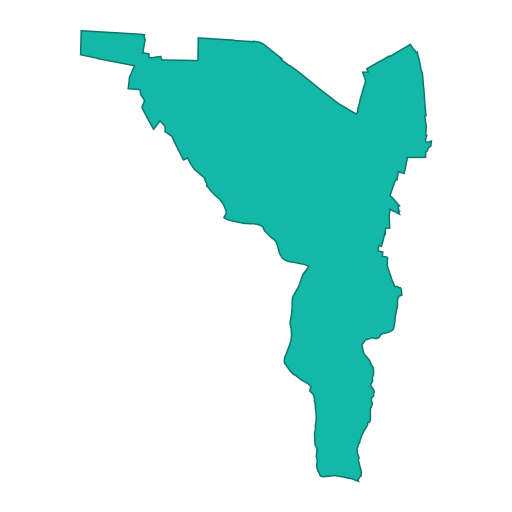 the district of Reci, Covasna, Romania
{"feature_id": "2599482B11784451880113", "entity_name": "Reci", "entity_type": "district", "adm_level": 2, "iso_a3": "ROU", "parent_name": "Romania", "parent_adm1": "Covasna", "projection": "orthographic", "projection_center": [25.948, 45.804], "detail": "fine", "context": "isolated", "style": "filled", "palette": "teal", "viewbox_px": 512, "rotation_deg": 0, "n_neighbors": 0, "source": "geoboundaries", "source_scale": "gbopen_adm2", "svg_char_len": 6017}
<svg xmlns="http://www.w3.org/2000/svg" viewBox="0 0 512 512"><path d="M361.2,475.8L361.3,475.2L361.2,471.9L360.8,469.4L359.6,465.4L359.3,463.8L358.3,460.1L359.1,457.7L357.2,452.6L357.5,450.9L356.9,450.0L357.4,447.9L357.8,447.0L358.2,445.7L358.5,444.2L359.5,443.0L359.8,441.3L360.3,439.6L360.9,438.5L361.2,437.0L362.0,434.8L363.1,432.9L363.8,431.1L364.4,430.3L365.0,429.2L366.8,426.4L367.6,424.5L367.6,423.3L368.4,422.2L369.2,422.4L369.8,421.7L370.1,421.1L370.4,419.2L370.4,417.8L370.4,413.6L370.4,411.9L370.4,409.2L370.6,408.3L371.3,407.1L371.7,405.7L372.2,404.4L372.4,403.6L372.4,403.2L372.2,402.6L371.7,401.9L371.5,401.4L371.6,400.1L371.4,399.4L371.4,398.8L371.5,398.1L371.7,397.8L372.7,397.0L373.3,396.4L373.6,395.8L373.7,395.0L373.4,393.9L373.5,393.5L374.1,392.5L374.2,391.4L374.0,390.7L373.7,389.8L373.5,389.4L371.9,387.5L371.4,386.6L370.9,385.3L370.8,384.7L371.0,384.0L372.0,382.3L372.4,381.3L372.6,380.7L372.6,380.3L372.4,378.6L372.5,376.8L373.4,375.5L373.6,372.2L373.5,368.8L372.8,366.8L372.2,365.8L371.1,364.6L370.4,362.1L369.1,359.9L366.9,357.0L365.5,355.7L363.8,353.2L363.3,351.3L362.8,349.5L362.6,347.6L361.9,344.9L362.2,344.2L363.4,343.1L364.0,342.2L364.8,340.5L366.0,339.7L369.7,338.7L371.9,337.6L372.4,337.6L373.9,338.2L375.3,338.5L376.1,338.6L377.1,338.4L377.8,338.2L379.2,337.3L379.7,336.5L380.3,335.2L380.6,334.8L382.2,333.8L383.3,333.4L385.2,333.1L388.2,332.4L391.9,330.4L392.8,329.8L393.1,329.3L393.6,328.2L394.3,325.2L395.0,321.0L395.1,319.7L395.1,318.0L395.3,316.4L396.2,312.3L396.4,310.5L396.7,309.4L397.0,308.6L397.1,307.8L397.5,305.4L397.5,299.7L397.8,298.2L398.7,297.0L399.3,295.9L399.6,295.8L400.1,295.8L401.2,295.3L401.9,295.2L401.2,289.8L400.4,287.8L399.1,287.6L398.5,287.4L397.8,286.8L396.8,286.4L394.9,286.6L391.5,278.7L390.9,276.5L388.8,270.5L387.5,266.6L387.2,264.8L387.4,260.0L387.6,258.1L387.5,257.8L387.2,257.3L386.5,257.0L382.3,256.3L382.8,252.0L378.1,251.0L378.8,245.5L381.5,246.2L383.2,240.1L384.3,235.5L384.7,233.7L385.3,234.2L385.5,228.0L389.7,228.1L389.4,220.9L389.3,216.7L389.4,214.2L389.8,211.0L390.3,208.9L391.1,209.8L392.4,210.7L395.7,212.0L398.4,213.7L399.4,214.1L398.4,212.4L398.4,212.2L399.5,211.8L399.7,211.5L399.6,211.1L398.9,210.7L398.6,210.8L398.4,210.6L398.6,208.9L398.5,208.1L398.2,207.2L398.1,206.5L399.5,206.0L392.6,197.9L390.0,195.6L394.3,183.2L395.7,179.7L397.0,179.9L398.3,171.9L404.2,173.4L405.4,167.9L406.7,161.0L407.2,159.7L406.9,157.5L425.6,157.4L425.6,152.2L426.0,152.1L427.1,151.2L427.5,150.6L427.8,149.3L428.0,148.6L428.6,147.7L429.1,147.2L430.9,146.1L430.8,145.8L431.4,141.0L428.8,142.0L426.7,142.3L426.4,142.1L425.9,141.6L425.6,141.0L425.5,140.3L425.5,140.0L425.6,139.2L426.8,135.4L425.9,135.4L425.8,131.3L426.4,126.6L424.6,116.1L426.1,115.7L425.5,111.0L425.0,105.1L424.6,100.9L424.4,96.1L422.9,78.8L422.4,73.3L422.3,72.8L422.1,72.6L421.5,71.1L420.9,69.0L420.4,65.3L419.4,61.2L419.1,59.4L419.0,59.2L417.5,53.9L417.4,53.1L417.4,52.0L416.1,52.6L415.5,51.5L415.2,51.0L413.0,48.5L410.3,44.4L389.6,56.7L389.3,56.3L389.2,56.0L384.3,58.9L377.7,62.5L366.7,68.8L368.0,71.1L368.1,71.6L368.0,72.1L362.6,72.2L365.2,79.1L365.4,80.5L365.4,81.8L365.2,82.6L363.4,88.1L362.3,92.3L360.4,98.4L360.0,100.5L359.7,102.3L358.1,107.8L357.9,108.8L357.6,111.8L356.4,114.0L353.4,112.4L339.1,104.0L337.0,102.5L328.4,95.7L321.6,90.6L298.3,71.7L290.6,66.1L290.2,65.8L289.5,65.5L289.0,65.5L282.4,60.4L282.5,60.3L280.6,58.7L281.5,58.4L270.8,50.1L270.4,49.6L264.3,44.8L262.7,43.6L261.6,43.1L258.8,42.0L257.0,41.7L253.6,41.3L253.6,41.7L239.1,40.8L235.5,40.7L234.3,40.2L198.3,37.9L197.9,60.6L172.2,60.1L162.0,60.0L160.7,56.5L160.3,56.6L154.4,57.3L154.2,57.4L154.2,57.5L149.2,57.9L148.9,53.9L142.8,52.8L145.2,39.5L144.6,38.0L144.1,36.2L144.3,35.0L144.5,34.7L142.1,34.4L81.2,30.7L80.6,54.7L97.7,58.3L97.6,58.6L134.6,65.7L129.4,77.5L128.7,84.8L128.1,88.7L140.1,89.6L140.6,94.3L144.6,100.5L141.9,107.6L148.2,119.6L153.6,129.3L160.2,120.7L160.4,121.3L161.9,122.9L165.3,126.8L165.0,131.7L166.4,132.4L169.5,134.8L171.5,136.1L172.1,136.4L172.2,137.2L178.1,149.5L183.5,159.9L184.7,159.5L187.5,158.0L188.2,159.2L189.1,160.6L189.9,162.4L191.1,164.6L192.6,166.8L194.8,169.7L204.7,178.1L204.6,178.7L204.6,179.0L204.8,179.7L206.2,182.6L207.2,184.3L206.6,185.4L206.6,185.9L206.9,186.4L207.3,186.8L208.4,187.4L209.1,188.5L210.6,190.7L212.2,192.3L215.7,195.9L218.1,197.8L220.1,199.9L223.2,204.1L224.6,207.1L225.9,210.7L226.3,212.2L226.1,213.5L223.9,217.5L225.7,218.6L227.9,219.7L232.8,221.1L243.6,223.3L245.2,223.5L248.8,223.6L250.3,223.8L252.5,223.6L254.4,223.9L257.0,224.4L258.5,224.5L260.9,225.7L262.5,226.6L263.1,227.4L263.8,229.2L264.5,230.7L265.3,231.6L270.6,237.0L271.7,237.8L274.6,240.1L276.0,241.9L276.5,242.9L277.8,246.8L279.3,252.7L279.8,254.0L281.5,256.7L282.4,258.0L283.4,258.9L285.7,260.4L288.2,261.4L289.8,261.8L291.6,262.0L293.6,262.1L299.7,263.6L301.8,263.9L303.7,264.3L305.9,265.0L307.8,265.9L308.6,266.5L307.8,267.9L303.8,273.2L302.8,274.9L300.1,282.4L299.8,283.7L299.3,284.9L298.4,286.9L293.3,295.8L292.5,298.1L292.2,301.7L292.1,308.5L291.9,310.9L291.1,316.7L290.1,322.4L290.1,324.0L291.2,328.5L291.5,333.5L291.5,335.1L291.2,339.1L290.9,340.6L289.9,344.0L286.0,354.5L284.9,356.9L284.2,360.5L284.3,362.1L284.8,363.8L285.7,364.7L290.2,371.0L292.8,373.8L295.9,375.6L299.9,378.9L303.1,381.0L308.0,383.6L308.4,384.1L309.4,384.8L310.1,385.9L310.7,386.5L310.9,386.9L310.9,387.2L310.6,387.8L310.2,388.9L309.9,390.2L309.9,391.0L310.4,391.7L311.6,392.7L312.4,393.6L313.1,394.4L313.6,395.2L314.0,396.6L314.4,398.6L314.4,400.9L315.3,404.3L315.4,407.5L315.3,408.8L315.9,411.5L316.3,417.5L316.3,419.5L315.8,422.2L315.4,425.1L315.4,429.9L314.6,432.5L314.5,436.1L314.7,437.8L314.9,442.2L315.2,445.3L316.7,447.9L316.9,448.4L316.9,449.9L316.6,454.1L316.2,456.1L317.3,460.4L316.8,464.3L316.7,465.5L316.8,466.8L317.5,469.7L318.0,471.2L318.7,472.1L320.4,475.9L320.7,476.1L322.4,476.6L324.0,476.7L334.4,475.6L338.7,476.1L341.2,476.8L343.5,477.0L348.8,478.3L352.1,478.8L354.0,479.7L358.5,481.3L357.9,479.9L359.0,478.3L360.2,476.6L361.2,475.8Z" fill="#14b8a6" stroke="#0f766e" stroke-width="1.5"/></svg>